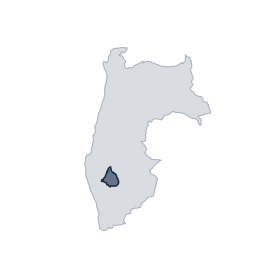 Apurímac on a map of Peru (orthographic projection), rotated 42°
{"feature_id": "PER-569", "entity_name": "Apurímac", "entity_type": "Department", "adm_level": 1, "iso_a3": "PER", "parent_name": "Peru", "parent_adm1": "", "projection": "orthographic", "projection_center": [-73.045, -14.013], "detail": "fine", "context": "in_parent", "style": "filled", "palette": "slate", "viewbox_px": 256, "rotation_deg": 42, "n_neighbors": 0, "source": "natural_earth", "source_scale": "10m", "svg_char_len": 5703}
<svg xmlns="http://www.w3.org/2000/svg" viewBox="0 0 256 256"><g transform="rotate(42 128 128)"><path d="M180.2,76.8L180.1,77.4L179.3,77.8L178.5,77.3L177.4,77.4L175.7,75.9L171.6,76.0L169.8,77.8L167.1,78.2L164.2,79.0L160.9,79.3L155.6,82.2L154.4,83.3L152.1,85.0L150.1,85.6L149.2,90.8L147.3,93.9L146.6,95.5L147.6,98.1L147.6,99.3L146.5,100.3L145.7,100.4L143.9,101.5L141.2,103.8L140.8,105.6L141.6,107.9L141.3,108.2L139.1,108.7L139.2,110.0L138.7,110.5L140.6,112.3L141.6,112.8L141.7,113.3L141.5,113.7L141.1,113.9L141.1,114.4L142.4,115.8L143.4,118.5L145.3,119.9L145.4,120.8L145.9,121.7L146.9,122.4L149.3,125.2L149.3,126.5L146.9,129.5L150.9,129.5L155.3,130.5L155.9,131.0L156.4,132.3L156.5,133.2L157.4,133.9L157.3,135.6L163.1,135.6L166.9,135.3L173.0,130.3L174.0,129.9L173.5,131.0L173.4,131.8L173.7,132.6L173.0,133.8L172.8,146.0L173.9,145.4L175.4,146.6L176.4,146.6L179.7,145.3L183.6,145.6L192.4,161.7L191.6,162.8L191.6,163.6L190.5,164.3L189.4,165.5L189.2,171.9L188.3,173.8L188.8,174.8L189.2,176.8L190.0,178.1L190.2,178.8L190.1,179.1L188.9,179.8L188.8,181.0L186.5,183.2L186.1,184.7L185.2,185.2L185.1,186.9L187.0,189.8L185.7,191.4L184.5,193.9L186.4,199.2L187.2,199.9L188.1,199.9L189.4,200.4L190.1,201.2L188.4,202.1L188.2,202.6L188.2,204.3L186.4,205.6L184.0,208.8L183.4,209.0L182.2,209.9L182.0,210.4L182.2,210.9L183.2,211.9L183.2,213.1L181.5,214.6L180.3,214.7L179.9,215.1L180.3,217.1L180.3,218.0L179.9,219.1L179.0,220.2L176.5,221.4L174.2,221.6L170.4,218.6L169.2,217.3L165.3,214.7L164.7,212.0L163.4,210.7L161.0,209.7L159.2,208.3L157.7,207.7L154.2,204.6L151.0,203.7L145.0,200.5L141.8,199.4L137.6,196.5L135.4,195.7L133.5,194.3L128.1,191.4L127.2,190.4L126.4,189.0L125.1,188.1L123.7,186.1L121.7,185.0L119.7,183.4L117.3,179.3L116.1,178.3L116.0,176.4L115.2,175.6L116.4,174.9L117.1,171.9L116.7,170.5L113.8,166.5L113.3,164.9L111.2,161.8L110.4,160.0L108.8,158.7L108.1,157.6L107.2,157.1L107.1,155.7L106.4,153.0L105.5,151.7L102.2,149.2L101.8,146.5L101.1,144.6L96.4,137.0L93.7,129.7L91.4,125.6L90.5,123.3L90.4,122.0L88.7,119.9L87.8,117.9L84.0,114.2L81.8,110.0L81.5,108.7L80.0,106.4L77.6,103.4L76.4,102.3L69.2,98.7L65.8,96.5L65.4,95.4L65.6,94.7L66.3,94.0L67.3,94.5L67.9,94.3L68.4,93.4L68.4,92.1L67.7,90.5L65.4,87.5L66.0,86.0L63.6,82.5L64.1,78.9L64.7,78.0L68.1,74.3L69.0,72.8L70.5,71.8L72.0,70.3L73.8,69.1L74.3,69.5L74.9,71.4L74.8,72.6L75.3,74.0L74.1,75.4L72.7,75.1L72.2,75.5L72.0,76.1L72.2,77.1L72.6,77.5L73.6,77.5L72.2,79.4L72.3,79.7L73.3,80.1L74.2,79.5L75.2,78.4L75.8,78.3L79.3,80.0L80.9,79.7L82.2,80.6L82.3,81.9L84.1,84.5L86.7,85.0L87.1,84.8L87.7,83.8L88.3,83.6L88.4,82.2L90.7,80.6L91.0,79.5L90.7,78.8L90.7,78.2L92.0,74.7L92.4,74.3L92.8,73.2L93.3,72.5L94.1,68.7L94.7,68.7L95.3,69.6L96.0,69.3L95.6,68.5L95.7,68.2L98.2,65.0L99.0,64.4L111.1,59.9L117.2,55.5L122.5,49.4L124.2,43.2L124.8,43.7L125.8,43.5L125.5,41.0L125.7,39.9L125.7,39.5L124.0,38.1L123.3,36.5L121.9,35.6L121.9,35.2L123.5,35.6L124.9,35.4L126.1,34.4L127.0,34.5L128.9,35.8L130.4,35.9L130.9,36.9L132.3,37.6L134.4,39.7L135.3,42.0L135.2,42.4L136.1,43.6L138.1,44.2L140.1,45.9L142.1,46.4L143.1,47.9L143.6,48.4L143.9,49.3L143.6,50.3L143.9,50.9L145.4,51.8L146.7,51.8L147.0,52.2L147.7,54.8L147.2,56.0L147.4,56.7L149.1,57.4L149.6,57.9L150.9,58.0L152.9,57.5L155.2,58.3L157.0,58.0L157.9,57.8L158.7,57.2L159.5,57.3L161.3,55.7L161.8,55.5L163.8,56.3L165.5,57.4L167.6,57.2L168.4,56.5L169.9,56.1L172.6,57.5L173.2,58.2L173.9,58.3L176.8,59.7L177.4,60.2L178.9,60.8L179.2,61.2L179.1,61.7L172.3,72.1L174.4,73.0L176.3,72.5L177.4,73.2L178.1,74.9L179.6,76.0L180.2,76.8Z" fill="#d9dde1" stroke="#a8b0b8" stroke-width="1"/><path d="M149.7,170.5L149.9,170.5L150.0,170.5L150.1,170.8L150.6,170.9L151.0,170.9L151.3,171.1L151.9,171.6L152.7,172.0L152.8,172.0L153.0,172.3L153.5,172.3L153.8,172.4L153.9,172.5L154.0,172.5L154.6,172.5L154.8,172.7L155.0,173.0L154.9,173.1L155.0,173.2L155.2,173.4L155.6,173.6L155.8,173.6L156.3,173.6L156.6,173.9L156.8,174.0L157.3,174.5L157.5,174.7L157.6,175.0L157.8,175.4L157.9,175.5L158.0,175.8L158.2,176.1L158.2,177.9L157.9,179.0L157.7,179.2L157.7,179.3L157.3,179.6L157.2,179.6L156.9,180.0L156.6,180.3L156.3,181.0L156.2,181.0L155.8,181.1L155.7,181.2L155.3,181.3L155.2,181.3L155.1,181.5L154.8,181.8L154.7,181.9L154.4,181.9L154.3,182.0L154.2,182.1L154.0,182.3L153.9,182.5L154.0,182.7L154.1,183.0L154.1,183.4L154.1,183.7L153.3,183.9L153.1,183.9L152.9,183.9L152.7,183.8L152.3,183.8L152.0,183.8L151.9,183.7L151.7,183.7L151.3,183.5L151.2,183.5L150.7,183.9L150.5,184.3L149.8,184.0L149.7,183.9L149.4,183.6L149.2,183.5L149.0,183.3L148.7,183.2L148.6,183.3L148.5,183.5L148.4,183.5L148.2,183.6L147.9,183.6L147.7,183.8L147.3,183.9L147.1,183.9L146.7,184.1L146.2,184.1L145.8,184.1L145.6,184.0L145.5,183.9L145.4,183.9L145.3,184.0L145.2,184.3L145.0,184.6L144.9,184.7L144.8,184.9L144.7,185.0L144.3,185.1L144.0,185.1L143.8,185.2L143.7,185.0L143.3,184.0L143.3,183.9L143.6,183.9L143.8,183.7L144.0,182.9L144.0,182.6L143.8,182.3L143.6,181.9L143.6,181.7L143.6,181.1L143.7,180.4L143.7,180.0L143.6,179.5L143.7,179.4L143.6,179.2L143.3,178.6L143.0,178.2L142.9,178.1L142.9,177.9L142.7,177.4L142.7,176.8L141.5,174.6L141.5,174.4L141.9,174.2L142.0,174.2L141.9,173.7L141.6,173.4L141.5,173.2L141.4,173.2L141.1,173.1L141.0,172.9L140.8,172.6L140.7,171.7L140.7,171.4L140.6,171.0L140.5,170.8L140.5,170.7L140.5,170.3L140.5,170.2L140.7,169.8L140.8,169.6L140.7,169.4L140.7,169.2L140.8,169.0L140.8,168.8L140.9,168.7L141.0,168.6L141.3,168.6L141.4,168.8L141.5,169.0L143.5,170.3L144.0,170.8L144.3,171.0L145.3,171.1L145.6,171.2L145.9,171.2L146.0,171.3L146.4,171.3L146.5,171.3L146.6,171.2L146.7,170.9L146.8,170.8L147.1,170.9L147.3,171.0L147.4,170.9L147.5,170.8L147.8,171.1L148.0,171.1L148.4,170.8L148.5,170.8L148.8,170.8L149.2,170.6L149.3,170.5L149.7,170.5Z" fill="#64748b" stroke="#1e293b" stroke-width="1.5"/></g></svg>